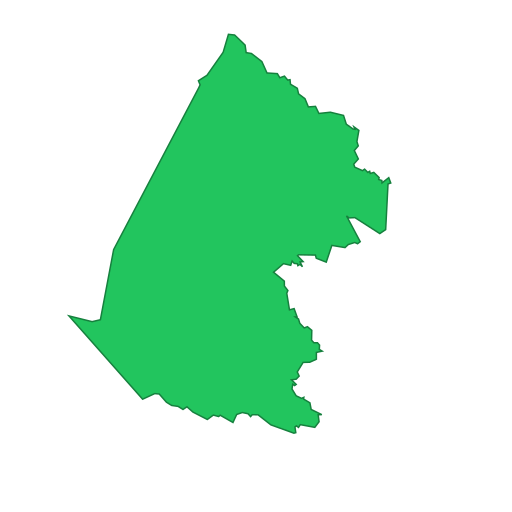 outline of Aveiro, Pará, Brazil, rotated 300°
{"feature_id": "56859067B38490722254751", "entity_name": "Aveiro", "entity_type": "district", "adm_level": 2, "iso_a3": "BRA", "parent_name": "Brazil", "parent_adm1": "Pará", "projection": "equal_earth", "projection_center": [-55.979, -3.763], "detail": "medium", "context": "isolated", "style": "filled", "palette": "green", "viewbox_px": 512, "rotation_deg": 300, "n_neighbors": 0, "source": "geoboundaries", "source_scale": "gbopen_adm2", "svg_char_len": 1959}
<svg xmlns="http://www.w3.org/2000/svg" viewBox="0 0 512 512"><g transform="rotate(300 256 256)"><path d="M110.6,124.0L75.3,229.4L86.2,237.1L88.1,241.2L84.6,251.5L84.4,257.7L86.8,263.7L86.6,269.5L90.9,271.6L89.3,279.4L90.1,295.6L96.9,298.6L98.3,303.9L100.2,304.6L100.3,319.3L109.1,318.5L113.6,322.4L115.4,328.0L114.2,331.6L116.7,332.1L119.5,337.2L117.2,353.3L121.5,377.4L122.9,378.8L127.4,375.2L129.1,375.9L128.8,378.5L132.1,378.7L137.0,392.6L144.0,393.5L149.6,389.2L151.5,392.3L150.7,380.5L155.8,376.1L155.9,368.7L157.5,368.1L155.5,366.6L155.0,360.7L158.8,353.7L163.3,351.9L163.1,354.2L164.9,355.0L166.5,348.6L169.4,352.4L173.6,353.4L176.2,349.7L187.4,350.0L190.9,355.7L196.8,359.9L202.7,356.5L206.7,360.9L206.8,357.5L210.6,355.6L211.6,352.6L209.8,349.5L210.9,346.2L219.5,341.5L220.5,335.9L217.8,333.7L219.6,327.6L222.7,324.3L222.9,320.5L223.9,321.9L229.5,315.3L226.1,311.9L239.2,301.2L242.0,300.9L244.2,295.6L248.4,293.1L250.7,279.3L263.1,283.6L265.3,290.7L269.7,289.8L268.7,292.8L270.0,295.7L268.6,297.1L270.8,298.3L269.9,301.6L272.9,297.1L274.7,299.6L277.0,291.8L278.3,292.2L286.5,307.0L284.2,309.3L285.8,319.9L303.1,316.4L307.8,328.9L312.1,330.2L317.1,334.8L317.4,337.8L320.5,339.1L336.0,314.3L335.5,317.5L338.7,322.5L337.3,352.0L343.7,355.1L384.4,334.3L386.6,336.2L390.2,331.8L382.3,328.6L384.3,327.2L383.6,324.0L385.5,323.4L387.3,316.2L384.6,313.7L386.2,312.1L384.3,311.0L385.5,306.6L383.2,305.6L382.3,297.1L384.4,294.7L391.2,296.1L396.5,288.4L402.5,289.5L405.5,286.2L416.2,282.3L416.8,276.3L415.2,278.4L414.5,276.7L415.3,268.3L421.5,261.5L417.7,248.5L410.9,239.2L415.3,232.7L411.3,226.8L416.7,219.8L417.7,211.8L421.9,207.9L422.0,200.0L425.7,197.3L424.2,195.5L426.0,190.7L422.3,187.5L424.6,183.3L420.0,174.0L427.3,163.9L429.1,150.8L427.2,145.8L433.2,141.1L436.7,127.0L434.2,121.3L416.0,125.7L388.0,123.2L379.0,118.5L376.3,122.0L373.1,122.3L190.4,129.5L123.0,153.1L117.2,146.9L110.6,124.0Z" fill="#22c55e" stroke="#15803d" stroke-width="1.5"/></g></svg>